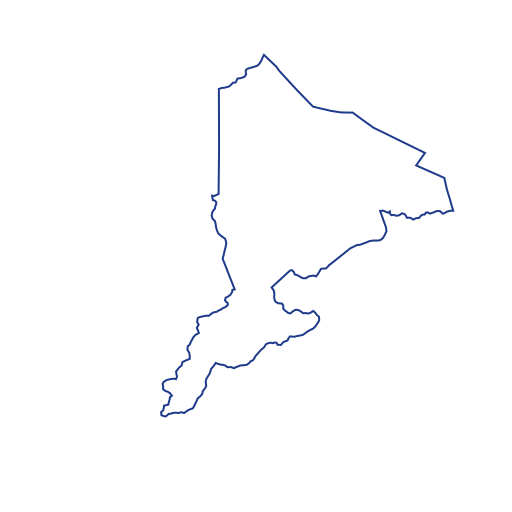 the district of Vitorino Freire, Maranhão, Brazil, rotated 217°
{"feature_id": "56859067B11407876745319", "entity_name": "Vitorino Freire", "entity_type": "district", "adm_level": 2, "iso_a3": "BRA", "parent_name": "Brazil", "parent_adm1": "Maranhão", "projection": "orthographic", "projection_center": [-45.344, -4.155], "detail": "fine", "context": "isolated", "style": "outline", "palette": "blue", "viewbox_px": 512, "rotation_deg": 217, "n_neighbors": 0, "source": "geoboundaries", "source_scale": "gbopen_adm2", "svg_char_len": 3796}
<svg xmlns="http://www.w3.org/2000/svg" viewBox="0 0 512 512"><g transform="rotate(217 256 256)"><path d="M180.0,327.1L176.0,333.3L174.3,336.2L171.8,338.8L167.5,342.1L166.2,343.7L165.5,346.6L165.6,348.7L166.6,354.0L169.1,356.9L184.0,366.7L181.9,368.7L179.5,369.3L176.7,370.0L175.9,372.1L174.6,370.6L172.5,370.0L170.5,371.8L168.4,372.4L166.2,374.6L165.1,378.0L162.4,378.9L160.0,378.1L158.3,377.4L156.7,378.9L154.2,379.7L152.3,379.7L151.0,382.5L148.7,384.4L148.6,387.0L148.1,389.0L146.2,390.7L146.5,392.7L145.3,394.1L142.6,394.5L140.5,397.5L138.7,400.7L136.1,402.6L132.2,402.2L131.2,403.9L130.1,406.5L128.1,409.0L125.8,410.8L136.7,419.1L139.3,420.9L144.4,424.7L152.6,431.7L182.6,424.7L183.1,440.0L239.7,429.1L242.7,429.1L249.5,428.9L265.2,428.7L267.5,426.9L274.4,421.9L283.3,417.1L295.0,411.9L300.4,409.6L321.6,412.9L326.6,413.8L328.4,414.1L348.9,417.9L353.6,419.4L370.7,421.4L370.3,418.8L369.4,415.8L369.0,411.4L369.6,408.5L372.1,405.0L373.6,403.0L375.3,400.8L376.0,398.9L375.1,396.9L373.2,395.2L373.0,392.3L374.3,390.2L375.5,388.6L377.6,386.5L377.1,384.6L376.8,382.1L378.7,380.5L378.9,378.6L379.4,375.4L381.1,373.1L382.7,371.2L384.4,369.7L386.2,367.1L354.5,325.3L350.4,319.9L323.2,283.0L325.4,278.9L327.4,277.7L324.0,274.7L322.0,275.5L319.9,274.9L318.8,272.9L318.4,271.0L317.3,269.4L317.5,266.4L317.0,264.1L315.7,261.6L313.5,259.8L309.7,259.1L307.4,257.2L305.2,254.9L302.5,252.9L299.6,251.3L296.6,251.1L294.5,251.1L291.1,251.2L288.6,249.5L287.3,248.1L285.9,245.3L280.9,233.7L252.9,216.5L254.5,214.8L253.4,212.9L253.1,209.7L253.9,206.9L255.1,204.4L254.2,202.0L252.4,201.5L250.3,201.4L249.0,199.8L249.7,196.9L251.2,194.1L252.0,191.7L253.1,190.0L253.6,188.1L256.2,185.1L257.1,182.4L257.7,179.8L259.9,178.3L261.8,176.2L263.8,173.8L265.2,171.7L264.5,169.9L263.2,167.8L260.5,166.7L260.0,162.9L257.9,161.9L255.3,160.1L256.2,158.1L256.9,156.3L257.1,153.4L256.8,151.2L256.2,147.5L255.6,145.0L256.2,142.9L254.4,139.9L251.2,138.6L248.8,136.4L247.0,133.9L249.4,130.0L250.9,127.0L249.5,123.5L250.3,120.5L250.3,118.5L250.3,115.6L248.8,114.1L246.5,112.1L245.8,109.5L248.0,108.4L250.4,106.0L252.7,103.2L254.0,99.5L253.6,97.6L251.6,95.9L250.1,93.7L247.4,93.6L244.6,94.5L242.3,94.7L239.1,93.8L239.7,91.5L238.6,89.3L237.8,87.2L236.6,84.4L239.4,81.2L238.3,79.3L237.3,77.1L237.8,74.2L235.8,72.0L233.9,72.4L231.5,73.5L230.7,77.3L229.2,78.7L228.0,80.5L225.8,82.6L223.6,83.8L221.4,86.5L219.0,87.2L217.5,91.8L216.4,93.9L214.8,96.3L215.1,99.0L215.7,101.9L216.2,104.6L216.9,107.2L216.1,110.4L215.9,113.5L217.1,115.8L217.1,119.5L217.5,122.1L219.0,123.8L220.4,125.2L221.6,127.5L222.0,130.7L222.2,133.9L223.0,136.4L223.9,138.7L223.8,140.7L223.6,142.6L223.8,146.4L221.6,146.9L218.9,148.0L216.5,149.4L214.3,150.1L212.0,149.9L209.2,152.2L205.8,153.3L205.3,155.1L204.1,156.6L202.6,159.2L200.0,161.4L197.8,163.7L197.0,166.5L196.9,168.7L195.8,170.8L195.7,173.2L196.2,175.4L195.9,178.9L195.6,183.9L194.8,186.7L194.6,188.8L195.0,191.5L193.7,193.8L192.2,195.5L190.1,196.5L189.0,198.2L187.4,199.1L185.4,198.1L182.6,199.9L182.3,203.8L180.0,207.5L180.5,209.9L180.5,212.2L178.2,213.7L176.5,214.8L175.3,216.5L173.1,218.8L170.9,221.6L169.6,226.2L168.1,229.8L166.7,232.3L166.2,235.3L166.5,241.0L167.0,243.0L169.1,245.3L172.1,245.6L174.6,246.4L177.2,246.6L178.3,243.5L179.6,241.5L182.0,240.3L183.9,238.7L188.3,238.6L190.6,237.9L192.2,236.6L193.4,233.5L193.9,231.0L195.7,229.9L197.9,229.9L200.0,229.9L202.5,230.3L204.5,232.9L206.7,233.6L209.9,231.6L212.9,231.2L215.1,232.5L216.9,234.2L217.9,235.9L219.1,237.4L220.9,239.0L224.6,240.3L220.1,264.7L218.9,266.3L216.2,266.0L213.9,264.6L211.3,265.6L205.5,266.3L202.8,268.2L201.6,271.5L198.3,275.0L195.8,275.8L195.7,278.9L196.0,282.1L196.4,284.6L195.1,286.1L192.7,288.1L192.2,290.7L192.2,292.5L191.6,294.4L185.3,318.9L181.8,325.8L180.0,327.1Z" fill="none" stroke="#1e3a8a" stroke-width="2"/></g></svg>